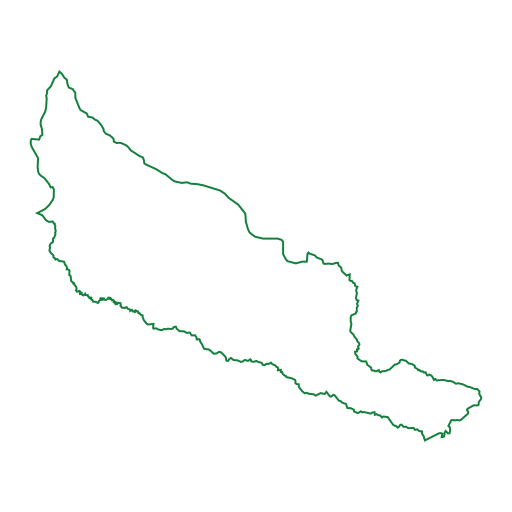 Saladoblanco, Huila, Colombia (Albers equal-area conic projection)
{"feature_id": "7082276B71793235558462", "entity_name": "Saladoblanco", "entity_type": "district", "adm_level": 2, "iso_a3": "COL", "parent_name": "Colombia", "parent_adm1": "Huila", "projection": "albers", "projection_center": [-76.191, 2.115], "detail": "fine", "context": "isolated", "style": "outline", "palette": "green", "viewbox_px": 512, "rotation_deg": 0, "n_neighbors": 0, "source": "geoboundaries", "source_scale": "gbopen_adm2", "svg_char_len": 5989}
<svg xmlns="http://www.w3.org/2000/svg" viewBox="0 0 512 512"><path d="M479.5,391.4L477.2,389.0L474.4,388.9L469.5,386.9L468.0,386.9L462.8,384.3L458.5,383.3L455.9,383.7L453.3,381.9L450.1,380.9L448.3,381.1L443.4,379.9L436.7,380.4L435.3,378.9L434.0,379.9L432.1,376.4L430.4,374.9L429.1,374.6L428.2,375.4L427.0,375.3L425.6,372.3L424.0,372.6L422.8,371.4L420.5,371.3L419.5,370.0L418.2,370.2L417.9,369.3L414.9,367.5L414.7,365.7L411.8,364.0L408.8,363.5L405.8,360.6L404.4,360.6L402.5,359.7L400.7,360.0L400.0,360.7L399.5,362.6L396.4,364.4L394.9,364.5L389.8,369.3L384.8,371.2L381.7,371.3L380.5,372.4L379.3,371.6L378.8,370.1L376.4,371.3L374.8,371.1L373.6,370.4L372.1,370.5L371.3,369.4L371.1,367.6L367.3,364.8L366.2,361.5L361.5,361.3L357.4,358.4L357.6,356.6L355.3,353.9L355.1,351.7L357.0,351.4L357.0,349.3L358.1,349.3L358.7,348.6L358.0,346.7L359.4,344.5L359.1,343.2L357.3,341.3L357.1,339.9L354.5,336.8L353.4,334.5L350.8,332.2L350.2,330.9L351.4,324.0L350.7,321.4L350.7,317.2L351.5,315.3L355.8,313.5L356.0,312.2L356.8,311.7L356.8,307.5L357.9,305.7L357.0,303.8L358.4,300.6L356.5,299.9L356.0,297.7L356.9,293.2L356.1,290.2L357.4,286.9L355.3,286.1L354.6,283.3L353.1,282.8L352.1,281.1L350.2,280.7L349.5,280.1L349.7,274.3L346.6,275.6L343.0,272.3L341.6,270.5L341.3,267.8L338.6,265.3L338.0,262.9L335.9,262.9L332.3,264.1L329.4,263.6L324.1,263.9L323.1,262.7L322.6,260.3L321.8,259.5L316.7,257.5L314.9,255.4L309.0,253.4L308.5,252.6L307.5,253.7L306.8,261.7L301.9,261.7L295.9,263.4L287.3,261.1L285.7,259.0L283.1,254.1L283.1,241.8L281.5,239.8L277.6,238.6L263.2,238.6L255.4,236.8L252.2,234.7L249.5,232.3L248.0,229.2L245.9,221.8L245.3,213.6L238.3,204.7L228.6,197.8L224.8,193.6L220.0,190.5L203.2,185.3L197.1,184.1L190.8,183.7L187.1,182.3L181.6,182.9L175.5,181.6L172.6,180.2L165.3,174.1L162.4,173.2L157.0,169.6L146.0,164.5L144.3,163.3L143.9,160.2L142.8,157.4L139.6,156.1L130.8,150.4L127.5,146.3L125.5,145.0L121.3,143.1L118.3,142.7L116.7,143.1L113.8,141.5L113.8,139.4L112.4,137.6L109.5,135.2L105.9,133.8L103.7,131.0L103.5,128.9L100.9,124.7L97.6,120.8L94.6,119.4L92.5,117.5L88.1,116.7L86.8,113.5L80.7,110.1L79.5,108.3L75.4,98.0L75.3,92.9L72.8,89.2L68.9,87.6L67.6,84.7L66.8,79.7L64.5,77.9L61.7,73.6L59.4,71.6L57.2,76.4L54.2,78.6L51.0,86.1L47.0,90.5L47.2,92.7L46.2,95.6L46.7,98.6L46.1,107.9L45.1,111.9L41.4,118.9L40.7,121.7L40.6,124.6L42.0,129.2L42.4,134.8L40.3,136.3L39.1,139.6L31.6,138.9L30.8,140.3L30.7,143.3L31.6,146.7L38.1,158.2L37.6,166.9L38.2,171.8L38.9,173.6L40.5,175.4L44.6,178.3L48.9,183.8L50.7,187.4L52.7,187.1L53.9,189.4L53.7,197.4L52.8,199.7L49.5,204.7L45.3,208.9L37.2,213.1L42.4,215.3L45.5,219.7L47.0,220.9L49.1,221.9L52.7,221.5L53.8,223.4L54.7,223.6L54.6,224.5L55.4,226.0L55.0,227.5L55.7,231.2L55.1,233.0L55.5,234.0L54.2,237.6L53.0,238.8L52.9,242.1L50.9,243.4L49.9,245.0L49.6,246.2L50.1,247.6L49.4,250.5L51.0,253.3L53.4,255.2L53.5,257.4L54.8,258.1L55.4,259.5L57.1,259.0L59.0,260.9L64.1,261.7L65.0,264.6L66.0,265.4L67.1,268.0L66.7,269.3L68.5,269.6L69.5,270.5L69.2,274.9L70.6,276.0L71.2,281.1L73.1,282.6L73.3,283.5L74.2,283.4L74.3,284.5L76.1,286.8L76.6,288.8L76.0,290.3L77.0,291.7L79.4,290.9L79.9,291.3L79.8,292.0L81.0,292.5L79.8,293.2L80.0,294.1L81.7,293.8L82.5,295.1L83.4,295.4L85.1,293.7L85.6,295.0L87.8,295.1L88.0,296.3L88.8,296.8L89.1,297.8L89.8,298.2L90.6,297.5L91.4,297.7L91.2,299.5L92.5,300.0L93.0,301.6L95.6,301.8L97.9,303.0L98.6,302.4L98.7,301.3L100.2,300.0L100.5,298.2L103.4,298.4L102.0,299.8L103.9,299.5L105.7,300.0L108.2,298.7L108.4,297.6L110.5,297.9L110.8,298.5L109.4,299.2L111.3,299.1L111.9,300.3L112.8,299.8L113.8,300.5L113.6,302.2L114.3,302.6L115.0,301.8L116.1,302.4L115.1,303.3L115.5,304.2L117.2,304.1L118.2,302.8L120.5,303.2L120.8,305.1L120.4,305.7L122.2,307.9L123.5,307.6L124.9,308.1L125.7,307.3L126.7,307.2L127.8,308.8L130.3,309.7L130.3,310.9L131.9,309.9L132.9,311.5L134.0,311.2L134.9,312.1L135.5,311.9L135.6,310.4L138.0,311.5L138.4,313.2L139.6,313.2L140.6,314.7L142.6,315.4L142.7,317.6L144.0,320.4L146.7,323.8L148.1,324.5L153.5,323.9L153.1,327.9L153.5,328.6L156.3,328.4L158.3,329.5L161.8,330.2L164.3,328.9L166.2,329.3L167.8,328.7L171.3,329.0L172.9,328.5L173.4,327.4L174.2,326.9L175.5,326.7L176.0,326.8L176.6,328.7L179.7,331.2L183.9,331.3L186.8,332.9L189.8,332.5L191.7,335.4L195.1,335.3L196.5,337.5L196.7,339.4L197.8,339.6L198.9,339.1L199.8,339.7L200.3,341.8L202.0,344.3L204.0,348.7L209.2,349.6L214.0,353.8L216.6,353.4L218.9,351.9L221.1,352.3L225.0,356.3L226.0,358.0L226.1,359.9L226.9,360.9L228.2,360.8L229.5,358.8L231.0,358.0L233.6,360.1L237.4,360.3L240.9,361.9L242.7,361.5L244.9,359.9L248.0,360.9L250.3,359.3L250.9,359.8L251.0,361.0L251.9,361.6L253.7,361.8L256.5,360.9L257.9,361.9L261.4,362.7L262.2,363.4L262.5,364.7L263.7,365.2L265.1,364.9L266.3,363.9L269.0,363.8L271.0,362.7L272.2,364.1L275.3,365.4L276.2,366.7L277.7,367.4L278.2,368.5L277.9,370.3L280.9,369.9L280.8,372.0L282.1,372.1L282.8,374.0L284.5,375.5L286.0,376.1L286.3,377.1L291.6,378.2L294.9,379.8L295.5,381.1L295.4,383.1L296.5,384.0L298.8,384.3L298.8,386.9L302.2,391.2L304.8,393.3L307.1,392.8L308.4,393.7L313.8,394.3L315.7,395.6L320.6,393.1L324.7,394.0L326.4,391.8L330.0,396.5L331.2,396.5L333.1,394.9L334.7,395.3L338.9,400.7L340.4,400.9L341.9,402.5L346.0,404.0L347.4,408.1L350.4,408.1L353.9,409.7L354.1,411.5L357.0,412.8L357.9,413.1L361.0,411.3L362.2,412.4L363.8,412.0L370.8,413.6L372.4,412.5L374.5,412.2L374.8,414.8L376.5,414.1L378.1,415.2L380.2,415.4L382.0,417.5L383.4,416.5L387.7,417.1L393.0,424.6L394.5,425.7L396.0,425.9L397.7,427.6L398.6,427.2L400.1,425.0L401.5,424.6L403.6,426.9L405.8,426.6L408.2,428.2L413.5,427.9L415.1,429.9L417.1,429.3L419.4,431.2L421.9,431.3L422.0,433.6L423.6,436.1L424.9,440.4L439.0,433.3L440.9,433.1L442.3,433.7L441.7,437.1L443.7,436.8L444.3,436.0L444.6,432.6L445.7,431.0L447.9,433.4L449.6,433.2L450.1,430.7L449.9,427.5L448.4,426.0L451.2,420.3L452.6,420.0L454.9,420.4L457.1,420.0L459.5,420.4L461.0,419.8L468.1,413.5L468.3,412.0L466.9,410.0L467.7,408.7L473.7,405.3L477.4,405.4L478.6,404.8L478.7,402.2L481.0,399.0L481.3,397.6L479.2,393.8L479.5,391.4Z" fill="none" stroke="#15803d" stroke-width="2"/></svg>